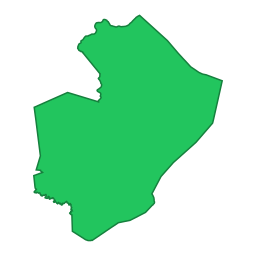 outline of San Esteban, Olancho, Honduras
{"feature_id": "27666195B69653705101844", "entity_name": "San Esteban", "entity_type": "district", "adm_level": 2, "iso_a3": "HND", "parent_name": "Honduras", "parent_adm1": "Olancho", "projection": "orthographic", "projection_center": [-85.837, 15.313], "detail": "fine", "context": "isolated", "style": "filled", "palette": "green", "viewbox_px": 256, "rotation_deg": 0, "n_neighbors": 0, "source": "geoboundaries", "source_scale": "gbopen_adm2", "svg_char_len": 5192}
<svg xmlns="http://www.w3.org/2000/svg" viewBox="0 0 256 256"><path d="M139.6,15.4L137.8,16.3L136.0,17.5L135.5,18.2L134.9,18.7L133.3,20.3L132.6,21.0L131.8,22.0L131.1,22.6L130.0,23.4L129.6,23.9L129.0,24.6L128.6,25.0L128.3,25.1L127.7,25.4L127.2,25.7L125.9,26.2L125.6,26.3L123.8,26.5L122.2,26.6L121.7,26.7L121.4,26.7L120.6,26.6L119.7,26.3L119.2,26.1L118.8,26.1L118.2,26.2L117.0,26.8L116.6,26.9L115.9,27.0L114.7,26.6L113.4,26.3L112.3,25.9L111.1,25.7L110.7,25.5L110.2,25.0L110.0,24.9L109.8,24.6L109.6,24.1L109.4,23.6L108.6,22.5L108.3,21.8L107.6,21.4L107.4,21.3L106.8,20.3L106.6,20.2L106.1,20.0L105.2,19.6L104.8,19.5L103.8,19.5L103.6,19.6L103.4,19.7L103.2,19.9L102.6,21.3L101.8,22.0L101.2,22.4L100.8,22.5L100.2,22.6L99.1,22.5L98.4,22.5L97.1,22.7L96.4,22.9L96.1,23.2L95.4,24.2L94.9,25.5L94.8,26.1L94.8,26.8L95.1,27.6L95.4,28.2L96.0,28.9L96.3,29.3L96.5,29.7L96.5,30.0L96.5,30.4L96.5,30.8L96.1,31.8L95.9,32.3L95.3,33.2L95.1,33.4L94.7,33.7L94.4,33.9L94.1,34.0L93.7,34.1L92.4,34.1L91.5,34.2L91.2,34.4L90.8,34.7L90.5,34.9L89.5,35.2L88.4,35.7L88.1,36.0L87.7,36.0L86.0,36.1L85.8,36.2L85.6,36.2L85.3,36.5L84.8,37.0L84.0,38.0L83.7,38.5L83.2,39.3L82.9,39.7L82.5,40.0L81.4,40.6L81.0,40.9L81.0,41.1L80.9,41.3L81.1,42.3L81.0,42.6L80.9,42.8L80.7,43.0L80.2,43.3L79.2,43.8L79.0,44.1L78.7,44.6L77.9,46.6L78.0,46.7L78.0,46.9L77.8,47.6L77.7,48.0L77.7,48.3L77.8,48.5L78.5,49.5L78.8,50.2L79.0,50.4L79.6,50.7L80.0,51.0L80.4,51.1L80.8,51.1L80.9,51.3L81.0,51.6L81.4,51.6L81.6,51.6L81.8,51.7L82.2,52.0L82.4,52.0L82.6,52.0L82.8,52.6L82.9,52.9L83.4,53.1L83.4,53.4L100.1,73.9L99.9,74.4L99.9,75.1L99.8,76.7L99.3,77.4L98.6,78.1L98.5,78.3L98.4,78.4L98.5,78.7L98.7,79.1L99.7,80.2L99.9,80.5L100.1,81.0L100.7,82.3L100.9,83.4L101.6,84.3L101.6,84.6L101.6,85.1L101.4,86.4L101.3,86.7L101.0,87.1L99.9,88.1L99.4,88.4L98.9,88.9L98.5,89.1L97.4,89.8L97.2,90.1L97.1,90.5L97.3,91.0L98.1,91.7L98.5,91.9L100.2,92.9L100.4,93.0L100.5,93.1L100.7,93.7L100.8,94.4L100.7,95.0L100.3,95.9L100.3,96.1L100.3,96.3L100.5,96.5L100.9,96.9L101.0,97.2L101.0,97.4L101.0,97.7L100.8,98.0L100.7,98.3L100.5,98.6L99.1,100.0L98.6,100.4L98.4,100.6L98.4,100.9L98.6,101.7L98.6,101.9L67.6,92.5L34.2,107.3L35.9,120.0L40.4,155.9L36.2,169.9L40.5,170.3L40.5,170.7L40.6,170.9L41.2,171.4L42.1,172.0L42.4,172.2L42.6,172.4L33.8,175.6L35.0,186.9L35.1,187.5L35.2,188.1L35.4,188.4L36.0,189.0L36.4,189.3L36.4,189.5L36.2,189.7L35.4,190.3L34.9,191.1L34.3,191.6L34.2,192.0L34.3,192.3L34.6,192.6L35.1,192.6L35.5,192.6L36.1,193.0L36.3,192.9L36.5,192.6L36.7,192.3L36.9,192.2L37.2,192.3L37.5,192.4L37.9,192.7L38.2,193.0L38.4,193.1L38.7,193.1L39.2,192.9L39.5,192.9L39.8,192.9L39.9,193.0L39.9,193.3L40.1,193.5L40.2,194.2L40.3,194.4L40.4,194.6L41.1,194.9L41.0,195.5L41.4,195.7L41.7,195.8L41.9,195.9L42.1,196.0L42.4,195.8L42.9,195.3L43.2,195.1L43.3,195.1L44.1,195.4L44.3,195.4L44.8,195.1L45.6,194.5L45.9,194.5L46.0,194.7L46.2,195.1L46.1,195.7L46.1,196.2L45.9,196.6L45.2,197.3L45.1,197.5L45.1,197.8L45.5,198.0L46.1,198.1L47.0,198.4L47.9,198.1L48.2,198.0L48.3,197.8L48.4,197.5L48.1,196.7L48.3,196.5L48.6,196.4L48.9,196.5L49.0,196.6L49.0,196.9L49.0,197.2L49.2,197.7L49.3,198.1L49.3,198.9L49.4,199.0L49.5,199.1L49.9,199.1L50.1,199.0L50.3,198.9L50.6,198.3L50.9,198.2L51.3,198.2L51.6,198.4L51.9,198.6L52.1,198.6L52.3,198.0L52.5,197.8L52.7,197.7L53.0,197.8L53.5,198.2L53.6,198.3L54.0,199.1L54.4,200.0L54.6,200.2L54.9,200.2L55.1,200.3L55.0,200.6L54.8,200.8L53.7,201.2L53.6,201.3L53.5,201.5L53.6,201.8L53.7,202.0L54.0,202.3L54.3,202.3L54.6,202.2L54.9,201.6L55.1,201.5L55.3,201.5L56.4,202.6L56.8,203.2L57.6,203.8L57.8,203.7L57.9,203.2L58.1,202.9L58.3,202.6L58.5,202.5L58.8,203.1L59.5,203.2L59.5,203.3L59.5,203.6L59.8,203.9L60.0,203.9L60.2,203.6L60.2,203.4L60.3,203.3L60.5,203.3L60.8,203.5L60.8,204.2L60.9,204.4L61.1,204.7L61.5,204.9L61.6,205.0L61.9,204.9L62.4,204.7L62.6,204.5L62.7,204.2L62.5,203.5L62.6,203.3L63.0,203.3L63.7,203.4L64.1,203.4L64.3,203.4L65.0,202.5L65.6,202.2L66.2,201.6L66.5,201.4L66.7,201.5L66.9,201.8L67.0,201.9L67.0,202.5L67.2,202.9L67.4,203.0L67.6,203.0L68.2,203.1L68.3,203.3L68.7,204.0L68.9,204.8L69.0,205.0L69.3,205.0L69.6,204.8L69.7,204.6L70.1,203.6L70.3,203.6L70.6,204.2L71.1,204.8L71.1,205.0L71.0,205.4L70.9,205.6L71.0,205.9L71.1,206.5L71.2,206.8L71.4,207.0L71.6,207.2L71.7,207.4L71.4,207.7L71.3,207.8L71.2,208.6L71.1,209.1L71.5,209.0L71.8,209.4L71.8,210.1L71.7,210.3L71.8,210.5L72.1,210.6L72.2,210.8L71.5,210.8L71.2,211.0L70.8,211.2L70.7,211.3L70.7,211.5L71.0,211.9L70.8,212.2L71.0,212.6L70.9,212.8L70.7,212.8L70.0,212.8L69.9,212.8L69.7,213.1L69.8,213.3L69.9,213.5L70.2,213.8L70.5,213.9L70.7,214.2L70.9,214.5L71.5,214.8L71.9,214.9L72.4,231.3L85.6,239.7L86.6,240.0L87.5,240.4L88.7,240.6L89.3,240.6L90.2,240.5L90.6,240.6L90.9,240.6L91.2,240.3L91.4,240.2L91.6,240.2L92.2,240.4L110.0,228.3L118.4,222.7L130.1,220.3L145.5,212.4L152.1,205.4L152.3,205.2L152.6,205.1L153.0,204.8L153.4,204.1L154.1,203.5L154.4,202.9L154.5,202.5L154.5,201.9L154.4,201.6L154.1,201.0L154.1,199.5L153.9,198.1L153.8,197.6L153.1,196.0L152.4,194.6L152.0,194.1L151.9,193.8L161.0,176.5L173.4,162.5L196.0,142.3L212.6,123.1L213.4,119.9L222.2,80.8L206.1,74.8L202.6,74.1L198.9,72.4L190.8,66.9L189.3,65.3L186.1,61.8L182.7,58.2L178.3,53.4L167.4,40.6L139.6,15.4Z" fill="#22c55e" stroke="#15803d" stroke-width="1.5"/></svg>